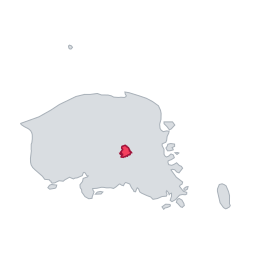 location of Muju-gun, North Jeolla, South Korea, rotated 274°
{"feature_id": "91817680B53198155341948", "entity_name": "Muju-gun", "entity_type": "district", "adm_level": 2, "iso_a3": "KOR", "parent_name": "South Korea", "parent_adm1": "North Jeolla", "projection": "natural_earth1", "projection_center": [127.7, 35.921], "detail": "fine", "context": "in_parent", "style": "filled", "palette": "rose", "viewbox_px": 256, "rotation_deg": 274, "n_neighbors": 0, "source": "geoboundaries", "source_scale": "gbopen_adm2", "svg_char_len": 4033}
<svg xmlns="http://www.w3.org/2000/svg" viewBox="0 0 256 256"><g transform="rotate(274 128 128)"><path d="M69.9,53.8L70.9,53.1L70.9,52.0L71.0,48.5L73.8,46.1L77.7,41.0L79.7,38.3L81.9,35.7L84.4,34.0L87.0,33.2L90.9,32.8L98.5,33.2L99.9,32.9L105.2,32.6L106.5,33.1L110.3,33.3L114.5,33.0L116.6,32.3L118.6,31.0L120.3,28.7L122.1,24.5L124.0,21.2L125.1,20.6L132.9,38.3L140.4,49.7L146.7,58.0L155.8,73.9L158.5,82.4L158.8,87.7L160.3,95.0L159.1,99.2L159.5,105.7L158.9,109.1L157.8,111.6L157.8,116.4L158.2,118.9L158.2,122.3L159.0,123.6L160.0,124.1L161.6,122.9L163.7,122.4L163.3,126.5L160.9,136.8L158.9,144.3L156.0,150.8L152.3,156.8L147.9,159.2L144.9,160.0L138.9,160.3L134.0,159.3L129.8,160.0L128.1,161.3L126.8,163.4L127.8,166.7L127.7,169.2L125.9,169.0L122.3,167.6L118.3,167.4L116.4,166.7L114.6,163.2L112.7,163.3L109.3,165.4L104.2,165.8L102.5,167.0L101.8,168.4L102.6,170.3L105.1,172.7L104.3,175.1L101.6,176.3L99.4,173.3L98.1,170.4L96.6,170.2L94.3,171.1L93.8,174.2L94.9,176.4L96.7,178.9L94.2,181.8L93.5,183.9L91.7,185.3L86.8,182.0L87.5,179.7L89.6,177.5L89.9,175.1L89.2,173.8L82.3,179.6L77.9,186.3L75.7,185.8L74.7,184.1L73.4,183.4L68.7,187.7L67.9,191.1L66.2,191.2L65.4,189.8L65.4,186.7L64.6,184.1L59.8,180.3L57.6,177.0L58.8,175.1L62.8,176.2L66.0,176.0L65.4,174.5L64.3,173.7L66.4,172.8L68.2,171.0L66.8,170.5L64.5,171.6L62.7,171.0L62.0,166.7L59.7,162.3L58.6,157.9L60.8,155.4L61.9,151.6L64.0,146.0L65.1,144.2L68.0,142.8L69.0,141.4L67.4,140.7L64.9,140.0L65.0,138.4L66.7,137.5L68.6,135.7L72.3,133.6L73.5,129.5L72.4,128.4L70.1,127.5L70.6,125.4L71.6,123.8L71.2,122.9L68.5,120.2L66.7,117.8L67.2,115.0L66.8,110.9L67.1,107.4L67.0,105.5L65.7,101.2L65.1,96.9L63.3,97.5L61.9,98.6L56.9,97.1L55.3,97.0L54.7,93.8L56.5,89.9L60.8,86.4L63.3,86.0L65.1,84.5L68.0,84.0L71.5,86.4L74.6,86.8L76.3,90.9L77.4,91.7L77.6,90.2L80.1,88.5L80.7,87.2L80.2,86.5L77.3,85.7L74.7,80.7L74.3,78.5L73.4,77.1L74.8,73.1L71.8,68.5L70.4,67.1L70.6,63.0L69.1,60.3L68.2,58.9L67.7,56.4L68.1,55.3L69.5,54.9L69.9,53.8ZM59.4,234.5L57.9,235.4L56.6,234.9L56.2,234.5L54.6,232.2L54.2,231.0L55.3,228.8L59.8,225.1L71.3,221.6L73.4,221.5L78.0,223.0L78.9,225.8L78.1,228.2L77.1,229.9L71.8,232.6L67.6,234.0L59.4,234.5ZM137.2,172.0L134.2,174.5L130.1,171.2L129.1,169.4L132.2,166.7L134.8,163.7L136.6,163.5L137.2,172.0ZM115.5,171.7L115.2,175.6L112.9,175.8L111.5,173.3L110.1,174.5L109.3,174.6L108.2,171.4L108.0,169.0L110.7,167.2L112.3,168.3L114.6,168.9L115.5,171.7ZM56.6,189.0L54.5,189.6L53.4,188.3L52.6,187.9L53.0,186.1L56.4,182.6L57.1,181.4L60.2,182.1L61.3,184.0L59.9,186.8L56.6,189.0ZM66.3,55.6L66.1,60.9L64.4,60.6L63.2,60.1L62.7,59.1L61.5,54.2L62.9,52.2L65.5,53.8L66.3,55.6ZM54.7,174.7L54.2,175.7L52.8,175.4L51.4,172.6L50.8,170.5L49.4,169.3L51.7,167.4L54.6,170.8L54.7,174.7ZM62.8,104.9L62.4,107.4L60.3,105.7L59.7,100.1L61.9,101.8L62.8,104.9ZM206.0,65.8L204.6,67.0L202.9,65.8L202.7,64.6L203.5,63.5L205.6,62.9L206.6,63.8L206.0,65.8ZM73.3,190.1L73.8,192.0L71.2,191.6L69.9,189.8L70.0,188.2L71.6,188.0L73.3,190.1ZM107.0,179.3L106.6,180.5L105.0,178.7L106.6,176.6L107.0,179.3Z" fill="#d9dde1" stroke="#a8b0b8" stroke-width="1"/><path d="M109.5,123.6L108.9,123.2L108.2,123.1L107.6,123.1L107.1,123.3L106.8,123.6L106.5,124.1L105.9,124.2L105.4,123.7L104.7,123.2L104.2,123.1L103.8,123.0L103.6,122.4L103.2,122.3L103.0,122.7L102.6,123.1L102.4,122.6L102.0,122.1L102.0,121.8L101.2,122.3L101.2,122.5L101.3,122.9L101.6,123.3L101.6,123.6L101.2,123.9L101.3,124.4L100.8,124.5L100.5,124.1L100.3,123.7L99.9,123.5L99.5,123.4L99.2,123.2L98.7,123.1L98.5,123.6L98.5,124.2L98.6,124.8L98.4,125.3L98.9,126.0L99.1,126.6L99.1,127.0L99.2,127.5L99.7,127.9L100.1,128.3L100.1,128.8L99.9,129.4L100.7,129.7L101.2,130.0L101.3,130.6L101.3,131.0L101.4,131.6L102.0,132.0L102.4,131.9L103.0,132.0L103.3,132.3L103.6,133.2L103.8,133.0L104.3,132.8L104.5,132.3L105.1,131.8L105.1,131.1L105.5,131.0L106.1,131.2L106.7,130.6L107.3,130.5L107.7,130.2L108.2,129.9L108.7,129.3L109.0,128.4L109.7,128.1L109.8,127.4L110.1,127.1L110.5,126.7L110.5,126.2L110.2,125.5L109.9,125.0L109.7,124.6L109.5,124.1L109.5,123.6Z" fill="#f43f5e" stroke="#9f1239" stroke-width="1.5"/></g></svg>